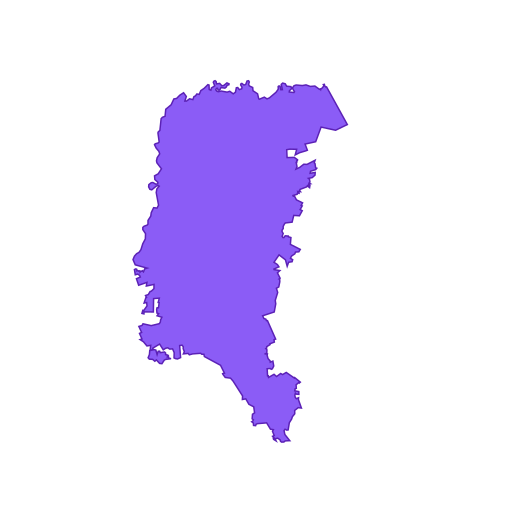 Ocosingo, Chiapas, Mexico, rotated 241°
{"feature_id": "50627088B67639994326823", "entity_name": "Ocosingo", "entity_type": "district", "adm_level": 2, "iso_a3": "MEX", "parent_name": "Mexico", "parent_adm1": "Chiapas", "projection": "natural_earth1", "projection_center": [-91.381, 16.657], "detail": "fine", "context": "isolated", "style": "filled", "palette": "violet", "viewbox_px": 512, "rotation_deg": 241, "n_neighbors": 0, "source": "geoboundaries", "source_scale": "gbopen_adm2", "svg_char_len": 6145}
<svg xmlns="http://www.w3.org/2000/svg" viewBox="0 0 512 512"><g transform="rotate(241 256 256)"><path d="M326.7,399.6L369.7,399.7L369.9,399.0L371.5,398.6L373.0,399.0L373.3,398.0L371.9,398.0L370.6,394.5L370.8,393.7L370.2,393.2L371.0,393.1L371.0,392.3L376.1,389.9L378.0,385.7L381.4,382.7L382.6,379.2L386.1,374.0L386.5,371.8L385.6,369.8L384.5,369.2L381.0,369.3L380.6,368.4L383.3,364.6L384.3,365.3L385.1,368.3L387.2,368.7L389.7,365.1L392.4,365.1L394.3,363.2L393.9,361.3L388.7,359.7L389.4,358.3L392.8,359.3L393.6,358.6L393.5,357.6L391.1,356.3L389.5,352.9L387.8,344.4L388.1,341.8L390.9,340.3L391.5,335.0L392.2,334.6L397.1,336.0L402.0,333.5L405.0,334.8L408.0,332.6L409.8,332.8L411.4,334.5L412.9,334.5L413.4,333.0L411.2,330.4L411.1,329.3L411.5,328.3L413.8,327.3L414.0,326.5L413.1,325.5L410.5,325.6L409.2,324.6L409.6,322.1L412.2,321.7L412.7,320.4L409.2,317.4L408.9,314.7L412.8,312.9L413.3,310.2L417.1,305.6L418.0,302.6L419.2,301.6L420.9,301.4L421.8,302.7L421.4,303.6L419.8,303.4L419.1,303.9L419.1,305.3L420.3,307.0L417.9,310.2L418.2,312.0L419.3,313.4L418.9,315.3L419.6,315.9L421.5,314.5L420.8,310.5L421.4,308.7L424.6,307.9L425.7,304.9L427.9,305.7L429.2,305.2L429.3,303.9L428.7,302.9L424.8,302.4L424.6,298.5L422.9,296.9L424.3,295.8L428.3,297.8L429.2,297.0L427.8,292.0L427.4,287.9L424.9,284.7L426.4,282.8L425.4,280.7L425.5,279.0L423.4,276.6L425.7,274.1L425.2,270.3L426.0,268.9L429.3,272.4L433.9,271.8L433.6,267.3L432.3,262.9L433.2,260.3L429.4,255.1L428.1,248.2L422.3,244.2L422.7,241.4L422.1,239.6L412.4,232.8L412.0,230.8L411.2,229.9L402.7,226.6L402.3,225.3L403.0,222.3L402.6,221.2L398.7,221.0L394.6,221.8L392.0,221.3L389.9,217.2L387.5,215.1L385.5,214.5L378.1,215.6L375.3,210.3L375.3,206.1L371.9,204.6L368.1,205.9L366.8,205.1L367.3,203.3L370.3,201.4L370.9,199.9L370.4,196.9L368.5,195.6L365.8,195.5L364.4,196.9L365.5,202.8L365.1,204.5L364.0,205.2L362.7,201.8L359.9,199.5L347.7,195.4L345.9,192.7L347.9,189.9L344.7,185.4L341.9,183.3L339.5,178.8L336.3,177.0L335.8,175.8L336.3,172.6L335.9,170.9L334.0,169.8L329.1,170.2L324.6,167.5L321.6,162.9L317.3,158.4L315.9,155.4L315.9,152.7L314.8,149.6L312.5,146.7L306.8,146.1L298.2,154.9L298.7,152.4L296.7,149.9L298.2,149.5L298.0,148.7L298.6,148.1L298.1,146.8L299.0,147.2L299.8,146.6L299.7,145.9L301.0,145.2L300.9,144.7L302.3,145.2L303.0,144.6L303.1,143.1L298.1,141.3L297.5,143.8L295.4,144.8L293.7,144.6L294.1,140.4L287.3,139.2L285.8,147.8L282.9,145.5L280.6,153.0L276.9,150.9L276.0,147.4L276.3,146.2L274.5,143.1L275.0,140.2L272.9,140.2L272.9,139.4L269.1,135.3L268.3,137.8L265.2,136.5L262.8,131.5L263.4,130.7L261.1,128.4L259.7,129.9L261.4,131.0L256.8,139.1L268.4,145.8L266.0,151.0L262.8,147.9L262.2,148.7L258.0,145.6L258.7,144.4L257.5,143.2L254.1,141.7L252.8,142.9L251.7,140.5L248.1,144.0L246.4,141.6L244.5,140.2L243.7,138.6L245.9,130.6L251.5,124.3L250.5,122.6L251.2,119.4L244.6,118.9L244.8,116.6L238.7,116.0L239.1,114.1L235.5,116.0L230.2,117.0L228.9,120.6L225.6,118.2L224.2,119.2L224.8,117.2L221.5,115.0L219.3,112.3L217.5,112.7L215.7,115.5L213.0,116.5L213.4,118.5L208.8,119.6L207.4,121.5L209.4,125.3L209.4,126.7L207.4,131.9L209.2,130.1L211.0,130.9L210.8,129.6L212.3,130.6L213.6,129.1L214.9,129.9L216.4,129.5L217.9,125.4L219.5,125.6L220.1,124.3L217.7,121.7L222.3,122.8L224.5,120.4L225.4,121.1L225.7,129.0L218.9,129.4L219.1,132.3L218.5,134.3L216.4,135.4L215.2,138.0L211.2,137.6L206.6,134.9L205.3,135.8L204.0,137.4L203.7,140.8L214.7,145.8L213.9,148.1L211.9,148.4L210.3,147.4L207.0,146.9L205.6,145.0L203.7,149.4L201.9,149.8L201.1,153.1L197.7,160.5L196.5,160.8L195.3,162.8L193.1,162.1L177.6,172.0L168.8,171.6L169.3,169.8L168.5,169.7L164.7,170.2L161.5,174.5L157.7,175.3L140.1,176.4L137.1,174.5L136.0,177.8L129.7,177.9L125.2,180.9L119.5,178.7L119.3,176.2L115.5,173.7L114.0,174.3L113.1,173.0L113.1,171.9L111.2,172.7L109.0,171.7L107.8,173.4L108.8,174.5L108.7,175.9L104.9,184.4L97.5,184.7L95.7,187.0L94.6,185.4L90.1,184.9L90.3,183.1L88.2,183.6L88.3,182.8L87.1,182.5L84.6,183.9L87.0,184.0L86.1,186.7L83.3,188.0L82.0,187.6L80.8,188.2L79.8,190.2L80.1,192.0L78.1,196.0L85.9,194.7L89.7,195.9L90.4,197.4L88.8,198.5L88.3,199.8L94.0,204.3L96.1,208.1L97.8,209.9L99.2,213.4L102.2,215.0L102.9,219.4L101.0,222.0L109.9,223.5L111.4,224.5L111.6,222.1L113.4,221.8L115.3,222.4L116.9,223.9L115.7,224.2L114.2,226.4L116.7,227.7L119.3,224.5L120.9,225.9L120.7,227.1L123.9,228.6L124.6,232.1L123.9,232.2L124.2,233.6L130.9,230.9L130.6,230.4L139.5,226.0L139.4,221.8L141.3,220.6L140.6,215.6L143.8,214.4L143.7,208.1L145.3,208.7L145.6,208.0L152.0,211.1L150.7,213.9L149.5,214.4L149.4,215.6L151.2,218.2L155.9,219.8L156.2,217.0L157.4,217.5L160.4,216.8L163.8,217.6L164.8,218.5L166.2,216.0L165.7,218.3L168.7,220.1L170.3,219.7L170.3,220.7L171.5,221.4L171.7,225.3L172.5,225.5L171.8,230.3L174.1,231.2L173.8,232.9L193.9,234.7L194.4,233.8L196.0,234.0L197.5,232.6L200.5,232.8L198.2,244.8L204.6,250.1L207.8,251.3L213.6,257.3L217.9,258.2L217.9,260.9L221.9,264.3L224.3,265.5L224.7,265.1L224.9,266.3L230.9,266.6L231.7,269.8L235.3,265.2L235.9,265.4L235.4,270.8L238.1,270.6L241.8,268.7L245.8,276.7L238.4,279.9L231.9,278.3L234.7,281.5L233.5,284.8L235.0,286.3L237.3,285.0L238.7,287.0L239.1,291.1L240.3,292.4L238.9,295.5L240.3,297.9L249.5,291.7L255.2,295.5L257.2,293.6L257.8,293.9L259.5,291.3L258.6,289.3L259.1,288.5L260.5,288.4L262.5,290.7L264.7,290.6L266.0,291.4L266.8,293.1L268.7,294.1L270.1,296.2L270.7,297.6L268.1,304.0L273.2,308.7L270.1,313.5L273.2,318.4L275.2,317.1L277.4,320.7L278.3,320.0L279.9,322.5L285.5,318.6L289.7,318.7L290.2,317.6L291.0,317.7L290.0,321.9L291.2,323.1L289.4,324.3L292.1,324.0L290.7,326.1L292.2,325.9L292.9,326.8L291.9,333.8L292.5,334.9L289.8,336.0L291.6,337.4L292.1,337.1L291.8,335.8L292.5,335.9L293.3,337.1L292.8,338.6L294.1,337.8L294.6,339.1L297.2,340.0L298.5,339.5L297.3,343.2L298.1,346.8L300.4,348.3L302.1,343.4L303.7,344.8L302.6,350.0L303.3,351.7L304.2,350.9L308.2,352.4L309.3,352.1L311.1,354.1L311.4,345.0L313.1,342.3L312.3,337.1L312.6,333.1L314.3,335.2L318.3,336.5L318.1,337.0L319.5,337.7L319.3,338.4L320.0,339.0L323.7,337.3L327.0,330.9L334.1,334.4L333.1,337.3L329.6,343.3L325.4,339.3L325.2,344.3L323.8,350.6L323.6,352.2L330.1,353.2L327.0,363.6L337.2,375.4L327.4,386.6L326.7,399.6Z" fill="#8b5cf6" stroke="#5b21b6" stroke-width="1.5"/></g></svg>